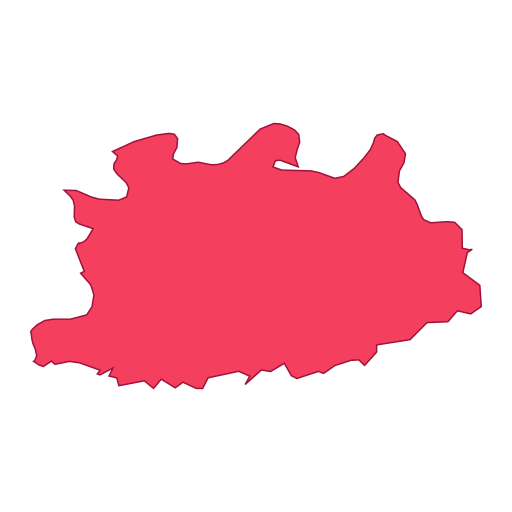 Antwerp, Robinson projection
{"feature_id": "BEL-3480", "entity_name": "Antwerp", "entity_type": "Province", "adm_level": 1, "iso_a3": "BEL", "parent_name": "Belgium", "parent_adm1": "", "projection": "robinson", "projection_center": [4.639, 51.244], "detail": "fine", "context": "isolated", "style": "filled", "palette": "rose", "viewbox_px": 512, "rotation_deg": 0, "n_neighbors": 0, "source": "natural_earth", "source_scale": "10m", "svg_char_len": 1923}
<svg xmlns="http://www.w3.org/2000/svg" viewBox="0 0 512 512"><path d="M273.8,123.5L279.9,123.9L287.5,126.2L294.4,129.9L298.7,134.3L299.7,142.2L297.1,149.8L295.2,157.7L298.3,166.9L280.1,160.2L275.4,160.7L273.0,167.0L281.9,170.1L311.0,170.9L318.7,172.5L334.8,178.3L343.8,176.4L354.3,168.3L363.9,158.0L370.4,149.5L373.3,143.1L374.7,138.2L377.2,135.0L383.6,133.7L384.7,135.0L397.3,141.5L405.5,153.8L404.0,162.6L399.4,171.0L398.0,182.4L400.6,187.5L415.0,200.0L417.2,204.6L421.5,216.2L423.6,219.6L430.8,222.8L446.9,221.7L454.6,222.3L462.0,229.6L462.3,248.3L469.6,249.8L472.3,249.3L467.3,252.6L462.8,272.7L479.8,285.3L481.3,306.5L470.8,313.9L457.3,310.8L447.9,321.7L427.0,322.6L410.1,339.6L376.7,344.9L376.6,352.1L364.6,365.4L358.8,359.9L351.0,360.3L334.9,365.5L323.6,373.4L318.5,371.4L296.8,378.5L291.4,375.7L284.3,363.3L270.6,371.5L261.4,370.0L245.1,384.5L249.8,376.2L238.6,371.3L208.1,377.8L202.6,388.5L196.2,388.4L182.9,382.2L175.3,387.8L161.2,379.2L153.6,388.4L144.3,380.8L118.9,385.7L116.8,377.9L109.0,376.0L113.0,368.0L100.0,374.9L97.3,373.9L100.1,370.2L79.5,362.8L69.4,361.4L55.0,364.3L51.5,361.1L43.3,366.5L38.7,364.8L33.6,361.3L34.6,360.9L36.7,355.7L35.4,349.6L33.0,343.7L31.8,338.8L31.3,334.1L30.7,331.9L32.1,329.5L37.4,324.6L44.9,320.5L53.2,319.2L70.1,319.2L86.7,314.9L92.0,306.7L93.9,295.2L92.9,291.4L90.7,284.8L80.6,273.2L84.3,271.4L75.4,248.8L78.1,243.5L79.7,242.6L78.8,243.7L83.7,241.8L87.1,238.8L93.1,228.7L79.1,223.9L75.8,221.8L74.2,217.2L74.5,205.8L73.2,200.3L70.2,196.1L64.1,190.2L72.5,190.4L76.2,190.5L91.3,197.0L99.3,199.2L118.8,200.2L126.7,196.8L128.8,187.8L126.2,182.6L116.9,173.8L113.7,169.1L114.0,163.7L116.7,159.6L117.6,155.9L112.5,151.5L134.4,141.5L156.7,135.0L169.0,133.4L174.3,134.2L177.6,138.6L177.0,147.3L173.5,153.9L172.7,159.0L180.7,163.5L186.2,163.9L198.2,162.2L211.5,164.8L218.0,164.5L223.6,162.8L227.9,160.3L260.1,129.1L273.8,123.5Z" fill="#f43f5e" stroke="#9f1239" stroke-width="1.5"/></svg>